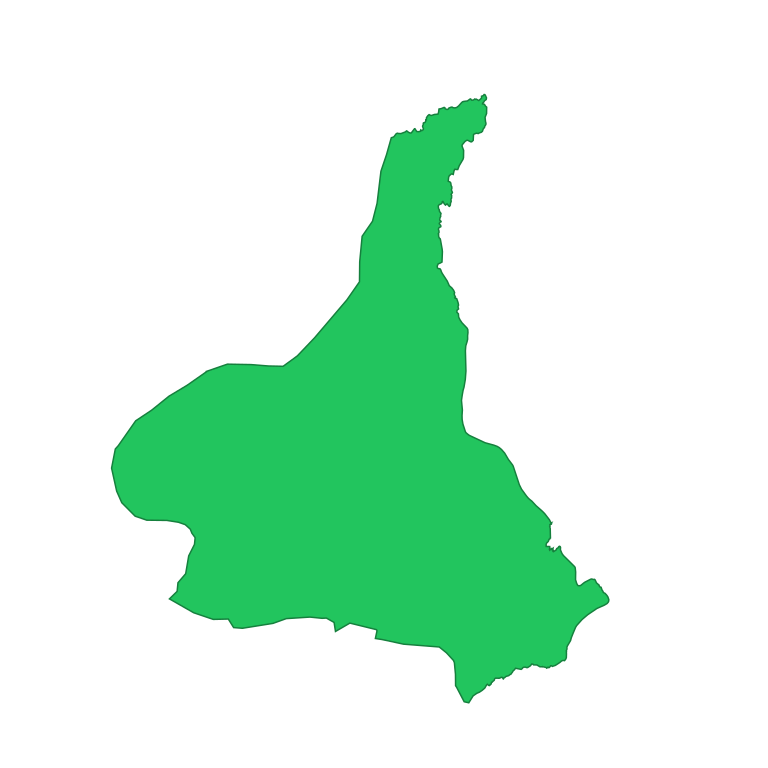 the district of Barito Utara, Kalimantan Tengah, Indonesia, rotated 9°
{"feature_id": "22746128B89680104320053", "entity_name": "Barito Utara", "entity_type": "district", "adm_level": 2, "iso_a3": "IDN", "parent_name": "Indonesia", "parent_adm1": "Kalimantan Tengah", "projection": "natural_earth1", "projection_center": [115.596, -0.74], "detail": "fine", "context": "isolated", "style": "filled", "palette": "green", "viewbox_px": 768, "rotation_deg": 9, "n_neighbors": 0, "source": "geoboundaries", "source_scale": "gbopen_adm2", "svg_char_len": 6125}
<svg xmlns="http://www.w3.org/2000/svg" viewBox="0 0 768 768"><g transform="rotate(9 384 384)"><path d="M517.6,685.6L520.8,678.1L524.0,675.0L526.4,673.5L528.9,671.2L531.1,668.6L532.4,665.2L533.0,664.4L534.5,665.3L535.2,665.4L535.4,665.1L535.8,664.9L535.8,664.3L536.8,663.5L536.8,661.9L537.5,661.6L538.0,660.7L538.9,659.8L539.3,659.1L539.3,658.0L540.1,657.1L543.8,656.6L545.3,655.8L545.4,655.5L546.3,655.2L547.1,655.5L547.7,656.5L548.1,656.6L548.4,655.5L549.1,655.1L550.3,653.7L552.9,652.5L553.7,651.3L554.6,651.0L556.1,648.1L556.2,647.5L557.7,645.6L558.3,644.2L564.1,644.4L565.1,643.4L565.3,642.7L566.3,641.9L567.9,641.5L569.1,641.8L570.2,641.6L572.6,639.5L573.8,637.4L575.2,637.5L575.6,638.0L579.0,637.6L582.2,638.9L584.2,638.6L584.6,638.3L585.1,638.6L585.7,638.4L588.8,638.7L589.1,639.2L589.5,639.0L590.1,638.1L590.5,638.0L591.0,638.4L591.7,638.1L592.7,636.2L593.6,636.1L594.4,636.6L597.3,635.1L601.2,631.6L602.8,629.7L604.1,629.0L605.6,629.0L606.5,627.4L606.9,625.8L606.4,621.7L606.1,621.1L606.2,619.9L605.7,619.2L606.1,617.8L606.1,616.7L605.8,615.4L606.1,614.1L608.4,608.2L608.7,605.3L609.7,600.8L611.3,594.3L612.1,592.4L616.5,585.6L621.3,580.0L629.4,572.4L636.3,567.9L638.7,565.9L639.7,564.2L639.9,563.3L639.8,561.8L638.4,559.2L637.1,557.8L635.1,556.2L634.0,555.9L633.1,555.4L632.7,554.5L631.6,553.4L630.2,550.8L629.3,550.8L628.9,550.5L628.0,549.5L627.9,549.0L625.0,547.2L623.2,544.5L622.5,544.0L621.6,544.3L619.6,544.1L618.6,544.5L613.3,548.4L612.3,549.4L610.1,551.9L609.1,552.6L607.3,552.8L606.6,552.3L605.5,550.8L603.8,547.4L602.7,539.7L601.6,535.6L600.9,534.6L588.1,525.4L586.3,523.6L584.2,520.2L583.9,517.7L583.5,517.1L582.9,516.8L582.4,517.0L581.9,517.6L581.9,518.2L580.3,519.6L580.0,520.9L578.2,522.6L577.9,522.4L577.5,523.1L577.1,523.0L577.0,522.8L576.8,521.1L576.5,521.2L576.6,520.1L576.1,520.7L575.8,520.1L575.4,520.2L575.1,521.1L574.6,520.9L573.7,522.2L573.2,521.4L573.4,519.4L573.1,518.6L569.6,519.1L569.2,517.0L569.7,515.1L570.2,514.8L570.7,514.0L571.1,513.1L571.2,511.7L572.0,511.1L572.0,510.5L572.5,510.1L570.8,500.8L570.3,499.8L570.3,498.9L569.9,498.6L570.1,497.6L569.8,496.9L570.5,496.2L570.7,496.4L571.2,496.3L571.3,496.0L570.7,495.9L571.1,495.0L570.6,495.3L570.5,494.8L568.6,492.2L563.0,486.9L560.3,484.9L553.2,480.4L548.4,476.6L545.9,475.2L544.3,474.1L542.4,472.5L536.3,466.4L533.4,462.3L524.5,445.0L523.6,443.8L518.7,439.1L514.0,433.4L510.3,430.3L507.8,428.8L505.5,427.9L502.0,427.2L492.9,426.2L476.3,421.4L474.4,420.4L472.5,419.2L471.8,418.3L468.2,411.2L466.7,406.7L466.0,402.9L465.5,397.5L463.1,388.1L463.0,383.2L463.1,377.8L463.5,374.7L463.6,366.8L462.9,358.4L459.2,338.4L458.8,333.5L459.4,329.4L459.6,326.7L459.0,323.1L458.9,320.2L458.3,317.3L457.4,315.9L451.4,311.3L449.0,308.7L447.3,306.3L446.5,303.0L444.7,301.7L444.6,299.7L445.9,298.2L445.1,296.4L445.0,295.7L445.3,294.4L444.4,292.0L442.5,288.4L442.2,288.2L441.2,288.3L440.4,287.8L440.9,286.8L439.6,285.0L439.2,283.8L439.5,282.9L438.2,280.7L436.0,278.5L433.1,276.7L430.4,272.5L424.5,266.0L423.4,264.6L422.2,262.4L421.2,261.4L419.7,261.5L418.7,261.2L418.1,259.3L418.7,256.9L420.4,255.9L422.2,254.5L421.0,244.2L420.3,241.6L417.2,232.7L416.7,231.7L415.8,231.2L415.1,230.1L414.7,229.1L414.7,228.1L414.1,227.2L414.6,226.0L414.6,225.4L414.3,224.1L413.6,222.9L413.6,221.5L414.3,220.6L415.4,219.9L415.5,219.2L415.1,218.4L413.5,217.1L413.5,216.6L414.1,215.4L414.9,215.0L415.0,214.6L414.7,214.2L413.5,213.6L413.3,213.0L413.3,211.0L413.8,209.7L413.5,208.5L413.6,206.6L411.8,204.8L411.3,203.2L410.4,202.2L409.7,199.6L410.5,198.2L412.5,197.0L413.0,196.2L413.1,194.7L413.4,194.5L413.7,194.5L415.3,196.6L416.7,197.7L418.1,196.2L420.4,198.2L420.9,198.3L421.5,197.1L421.4,194.4L421.7,193.9L421.8,193.2L421.2,191.0L421.7,189.6L421.4,188.6L421.5,187.6L420.6,186.1L421.5,184.6L421.6,184.1L420.3,182.0L420.2,181.5L420.4,180.2L420.1,178.6L419.3,177.6L418.5,175.0L417.7,174.2L415.7,173.7L415.5,169.5L415.9,168.1L417.5,166.2L418.2,165.9L419.6,166.2L419.8,162.7L420.2,161.0L420.5,160.7L421.7,160.9L423.3,160.6L424.2,156.5L426.9,149.7L427.1,147.9L426.1,140.8L423.8,136.7L423.9,135.4L426.1,131.7L427.7,130.3L428.6,130.2L431.6,131.2L432.7,131.1L434.0,129.4L433.4,123.7L433.8,123.1L436.1,121.8L437.9,121.9L439.0,121.0L440.7,120.2L441.7,119.0L442.0,117.0L442.4,115.9L443.1,115.1L443.2,113.6L444.0,111.9L443.9,110.5L443.2,108.9L442.1,104.8L443.0,100.8L442.1,94.5L440.7,93.6L439.5,92.1L437.5,91.9L437.6,91.0L438.3,90.2L439.0,88.5L440.4,87.1L440.5,85.4L438.9,82.9L438.3,82.4L437.6,82.4L436.9,83.7L435.3,84.5L435.6,86.4L433.3,89.2L430.8,88.3L430.4,88.2L430.0,88.6L429.0,88.3L428.1,89.4L426.4,90.0L425.8,89.8L425.3,89.1L424.6,88.9L422.1,91.4L418.6,92.4L417.4,93.0L416.5,94.1L414.2,97.7L412.5,99.5L410.9,100.2L409.0,100.3L408.3,99.9L407.1,100.0L404.9,101.3L404.3,102.6L403.3,103.0L401.3,102.6L400.9,101.6L400.1,101.4L397.5,103.0L395.3,103.8L395.4,107.0L395.1,109.0L391.6,109.9L389.0,111.3L388.2,111.4L386.4,110.9L385.4,112.0L384.3,114.2L384.5,116.3L383.9,116.5L384.1,117.4L383.9,118.5L383.4,119.4L382.2,119.9L382.0,120.2L382.2,121.8L381.8,122.9L381.8,123.5L383.0,125.8L383.0,126.6L381.7,127.9L380.6,127.3L380.3,128.8L378.6,129.4L376.8,129.5L374.6,127.0L374.2,127.1L371.7,131.7L370.7,132.0L368.9,131.6L367.2,130.6L366.6,130.5L365.8,131.6L361.6,134.0L359.1,134.3L357.9,134.2L356.9,134.9L355.3,137.9L354.7,138.6L352.7,139.6L350.6,157.2L347.7,174.3L348.9,206.6L347.2,225.0L339.3,241.5L340.9,267.2L343.8,286.9L334.2,306.7L308.1,349.4L294.0,369.8L281.6,382.3L266.9,384.3L249.9,385.6L226.2,388.9L206.7,399.3L206.9,399.5L189.7,416.1L173.6,429.6L158.5,446.3L144.5,459.2L131.2,486.5L128.8,490.2L128.1,509.7L136.7,531.6L143.6,542.3L158.9,553.5L171.0,555.6L190.9,552.7L202.6,552.7L209.7,554.0L215.4,557.7L217.6,561.4L221.5,565.3L221.9,572.1L218.0,584.3L217.8,602.4L211.6,612.5L212.1,621.2L205.7,629.8L231.8,639.7L252.2,643.2L267.0,640.5L273.6,648.1L282.4,647.4L311.8,637.8L324.2,631.0L347.3,625.8L359.5,625.1L363.7,624.2L372.0,627.3L374.8,636.0L387.7,625.5L415.0,627.8L415.7,628.8L415.3,636.7L422.2,636.7L444.0,637.9L479.7,635.1L487.7,639.7L495.9,646.2L497.1,648.2L500.0,659.5L501.9,670.8L503.1,672.1L512.9,685.3L517.6,685.6Z" fill="#22c55e" stroke="#15803d" stroke-width="1.5"/></g></svg>